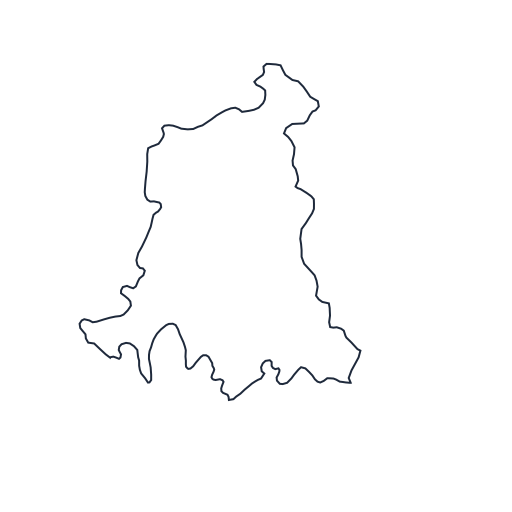 Loyew, Gomel, Belarus (Natural Earth projection), rotated 306°
{"feature_id": "67162791B2494752626310", "entity_name": "Loyew", "entity_type": "district", "adm_level": 2, "iso_a3": "BLR", "parent_name": "Belarus", "parent_adm1": "Gomel", "projection": "natural_earth1", "projection_center": [30.598, 51.937], "detail": "fine", "context": "isolated", "style": "outline", "palette": "slate", "viewbox_px": 512, "rotation_deg": 306, "n_neighbors": 0, "source": "geoboundaries", "source_scale": "gbopen_adm2", "svg_char_len": 3872}
<svg xmlns="http://www.w3.org/2000/svg" viewBox="0 0 512 512"><g transform="rotate(306 256 256)"><path d="M279.8,105.4L274.5,108.1L268.3,112.7L259.9,118.0L251.7,122.6L245.3,126.5L242.2,128.5L239.5,131.2L237.7,135.0L237.9,138.5L240.2,141.3L241.5,144.3L242.4,146.3L242.0,148.4L239.7,150.6L237.6,150.8L234.3,150.6L232.4,149.7L229.1,148.9L225.2,150.4L221.6,152.0L217.6,153.7L212.9,154.8L206.4,156.4L196.6,158.2L189.3,159.0L182.3,161.7L179.0,165.4L178.1,169.2L179.5,171.8L178.7,174.7L174.2,176.2L169.4,174.9L166.1,175.4L160.8,176.7L157.7,175.6L156.6,172.1L156.0,169.2L152.6,166.5L149.0,167.0L146.5,168.7L146.5,173.2L146.2,177.8L145.3,181.1L142.3,184.0L136.7,184.2L130.8,183.3L127.7,181.5L124.3,177.8L120.1,174.0L115.4,170.3L109.2,165.7L106.4,162.8L105.9,159.0L103.9,154.2L101.4,152.9L97.5,153.1L94.4,156.2L93.5,159.7L92.4,164.1L89.3,166.8L87.3,171.2L90.1,176.5L89.0,184.6L88.1,192.2L88.0,197.5L88.2,197.4L90.7,199.7L91.6,202.6L92.3,205.6L94.2,206.0L97.1,204.6L98.2,202.2L99.3,200.2L102.3,198.7L105.6,199.1L109.3,201.9L111.1,205.3L111.3,210.3L110.2,215.2L107.9,217.3L104.8,220.2L102.7,222.9L98.5,226.0L95.7,228.9L93.5,232.1L91.9,238.2L90.1,243.0L91.1,244.1L94.0,244.1L98.3,241.0L103.9,236.3L106.8,233.2L109.8,229.9L113.2,227.5L116.5,225.8L120.4,224.8L124.5,223.3L128.5,222.2L133.2,221.7L135.1,221.6L140.9,222.3L147.3,224.0L149.8,225.4L152.3,228.5L152.9,231.6L150.9,236.0L148.0,240.1L146.1,243.5L143.5,248.1L140.7,252.0L138.5,254.6L133.1,258.1L130.1,260.8L127.3,262.8L125.3,264.5L124.8,266.8L124.9,267.6L126.4,269.1L129.9,270.0L134.2,270.0L137.7,270.3L142.0,270.7L144.6,271.6L146.4,274.0L146.6,276.8L145.2,279.9L143.6,283.5L141.5,285.3L140.5,287.7L139.5,289.0L137.4,289.7L134.2,290.3L131.8,291.2L131.0,292.8L131.0,294.2L131.9,296.2L135.2,299.3L135.8,302.0L135.1,303.7L131.3,304.7L128.4,305.7L126.3,307.5L125.9,309.8L126.3,311.5L127.0,314.5L125.9,316.6L123.6,318.7L127.0,321.9L130.6,322.6L135.4,324.3L141.3,325.4L146.7,326.8L150.5,327.7L154.1,329.1L157.0,330.4L159.8,332.1L165.8,331.8L166.1,328.4L169.0,325.5L173.1,324.6L176.7,325.3L179.8,328.4L179.4,331.0L176.3,333.2L175.4,335.5L175.8,338.1L178.3,340.2L177.6,342.0L176.2,342.8L173.4,343.6L169.8,344.1L167.5,346.2L166.6,350.4L168.1,352.9L171.7,355.7L177.8,356.6L182.4,356.6L188.9,357.1L192.5,357.8L194.1,362.0L193.4,367.1L192.5,371.8L190.9,376.1L190.5,379.6L191.4,382.3L194.7,384.2L199.0,385.5L200.9,388.3L202.4,390.7L203.1,393.4L203.6,397.6L205.1,400.3L206.5,403.0L208.8,406.8L209.1,407.1L211.8,402.7L219.6,400.5L234.3,398.6L240.8,396.1L240.3,392.8L242.1,384.0L243.1,377.1L244.0,375.3L247.2,370.9L247.2,367.6L245.8,363.2L243.5,360.7L242.1,357.8L245.4,354.1L251.3,350.9L257.3,346.1L260.5,342.8L257.8,336.6L257.8,332.3L259.2,327.9L267.4,323.9L271.6,319.5L274.8,314.8L275.7,310.8L278.0,299.5L282.1,293.4L287.6,289.4L292.2,285.4L295.9,281.7L304.6,277.0L312.0,277.0L317.5,276.6L323.5,276.3L328.1,275.2L332.2,272.3L335.9,269.4L336.8,265.7L336.8,260.3L336.3,252.7L335.4,249.8L335.4,247.2L341.8,245.8L345.0,242.9L349.6,237.1L351.0,232.7L354.7,229.5L360.7,226.9L366.6,223.3L369.8,217.1L371.2,212.1L371.6,206.6L377.2,205.2L384.1,207.7L388.2,212.8L391.4,216.8L395.6,217.9L401.5,216.8L406.1,216.8L408.9,218.6L413.9,218.9L417.6,215.0L417.1,210.6L416.7,206.3L419.0,200.1L420.8,194.7L422.1,187.4L419.8,182.0L419.8,173.3L422.1,168.6L424.7,163.8L422.7,159.5L419.4,154.2L417.6,151.6L413.7,150.7L412.0,152.1L409.6,154.4L406.6,155.1L399.8,152.8L395.9,152.3L394.7,155.8L395.6,160.0L395.6,163.5L395.3,166.1L391.8,168.9L387.6,171.2L383.8,171.9L377.5,171.0L373.1,168.4L369.2,164.9L364.4,160.0L364.7,156.0L363.8,152.1L360.8,149.0L355.8,145.7L352.5,144.1L346.6,141.5L340.6,139.7L330.2,135.9L326.4,133.1L321.9,130.6L318.3,126.3L315.1,120.7L314.2,117.0L312.7,112.3L310.6,108.6L307.6,105.3L304.1,104.9L301.4,108.8L300.5,109.8L297.8,110.9L293.4,111.2L289.5,111.2L285.6,108.8L283.3,107.2L279.8,105.4Z" fill="none" stroke="#1e293b" stroke-width="2"/></g></svg>